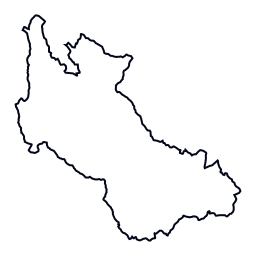 the district of Song Ma, Son La, Vietnam
{"feature_id": "81297802B25580956843795", "entity_name": "Song Ma", "entity_type": "district", "adm_level": 2, "iso_a3": "VNM", "parent_name": "Vietnam", "parent_adm1": "Son La", "projection": "equal_earth", "projection_center": [103.658, 21.099], "detail": "fine", "context": "isolated", "style": "outline", "palette": "ink", "viewbox_px": 256, "rotation_deg": 0, "n_neighbors": 0, "source": "geoboundaries", "source_scale": "gbopen_adm2", "svg_char_len": 5714}
<svg xmlns="http://www.w3.org/2000/svg" viewBox="0 0 256 256"><path d="M24.8,141.8L28.1,143.4L31.6,144.4L31.7,144.7L31.5,145.3L28.7,150.1L28.8,150.6L30.8,152.3L32.8,152.5L35.0,153.0L37.8,151.6L38.4,151.1L38.6,149.3L37.7,147.4L37.6,146.0L38.0,145.3L39.3,144.2L42.2,143.5L43.2,142.2L43.8,142.0L46.8,142.6L47.0,145.3L48.1,147.6L49.5,148.2L49.8,148.9L50.7,149.5L54.0,150.9L57.2,155.3L57.8,156.9L60.0,158.3L61.5,158.6L62.3,159.2L64.1,159.1L64.7,159.7L65.7,162.1L67.1,163.7L69.8,165.2L72.4,165.4L73.1,166.2L74.0,168.2L74.8,168.9L75.8,170.5L78.9,172.3L80.2,173.5L82.0,174.0L82.9,174.7L84.0,175.6L85.5,177.4L88.4,177.6L89.8,176.8L92.4,178.6L95.2,179.4L96.2,179.5L99.3,179.1L101.0,179.9L102.8,179.3L103.8,179.4L104.9,180.7L105.1,181.3L104.9,183.4L105.7,185.3L105.7,187.3L106.6,189.3L106.4,191.3L106.6,192.1L105.3,195.0L105.2,196.5L104.0,197.8L103.6,198.7L103.4,199.3L103.7,199.9L105.2,201.0L106.5,202.3L107.9,204.5L111.0,207.6L111.3,208.6L112.3,209.9L112.7,211.9L113.0,212.2L112.8,213.7L113.4,215.6L114.8,218.8L116.7,221.0L118.7,222.4L118.7,223.1L118.3,224.2L119.1,224.6L119.2,225.6L118.5,226.0L118.2,226.4L119.1,228.1L120.8,229.6L121.2,230.7L122.5,232.3L123.3,232.8L124.7,233.2L127.4,235.3L129.0,238.7L129.7,239.1L131.1,238.4L132.1,236.7L133.0,237.8L133.8,238.3L135.4,237.1L136.0,237.2L136.7,239.3L137.8,239.7L138.5,240.2L140.4,240.3L143.4,238.8L145.9,238.3L146.7,238.7L148.7,240.4L149.7,240.6L150.6,240.4L150.9,239.8L152.6,238.6L155.0,238.2L155.2,237.9L154.5,233.7L154.6,233.3L155.5,233.7L156.4,233.5L159.7,230.7L161.4,230.7L162.3,231.3L164.0,233.3L164.4,233.6L165.9,233.7L166.6,235.1L167.6,235.5L168.5,233.5L169.8,232.5L170.5,230.4L172.4,229.1L173.2,228.2L174.3,225.0L174.9,224.2L177.9,221.7L179.1,219.4L180.3,219.1L182.7,217.3L183.3,215.8L183.9,215.7L185.3,216.4L189.6,217.3L192.3,216.8L193.3,216.3L196.1,216.7L197.6,217.8L198.5,220.0L199.3,220.1L202.0,218.7L202.8,218.8L203.8,218.3L205.5,216.4L206.3,216.0L206.9,215.1L207.6,213.5L207.6,212.5L207.9,211.8L209.2,211.2L209.7,211.7L209.6,213.1L210.0,213.6L211.8,213.1L213.4,213.1L214.3,213.4L215.9,215.7L218.1,215.5L219.0,215.2L224.1,215.2L224.9,215.2L226.4,216.3L227.3,216.3L230.1,213.8L231.2,213.7L232.9,211.9L233.5,210.6L233.7,209.7L233.7,206.7L233.2,204.9L233.6,203.8L235.4,201.4L236.2,199.6L236.2,198.7L235.9,198.0L234.3,195.0L239.1,192.9L240.4,191.1L239.6,189.0L238.9,188.2L236.0,186.3L235.0,184.8L234.4,182.8L232.3,181.3L231.9,179.4L229.5,178.0L227.4,175.5L227.1,173.9L226.7,173.4L225.8,173.2L224.9,173.4L224.5,174.8L224.2,175.1L222.9,174.5L221.7,172.5L220.6,172.3L220.5,171.7L221.1,169.5L219.4,167.1L218.2,163.5L218.0,161.1L217.6,160.5L212.2,165.3L209.6,166.0L204.8,168.1L204.5,166.7L205.3,163.3L205.9,158.7L205.8,155.0L206.3,153.4L206.0,152.6L204.4,151.5L203.0,150.7L200.2,150.1L198.3,151.6L195.9,154.3L194.8,154.2L192.6,154.8L191.9,155.4L190.3,153.4L188.0,152.5L185.4,149.7L185.0,151.1L183.8,151.3L182.9,153.7L182.3,153.8L179.9,152.9L180.0,151.6L180.5,150.2L180.3,150.0L178.9,149.8L176.4,147.9L173.8,146.4L173.2,146.5L172.4,147.2L170.9,147.5L170.0,147.3L168.7,145.5L167.9,145.0L166.0,145.2L164.5,143.0L163.6,143.0L163.2,142.7L162.6,140.7L160.9,141.8L159.9,141.8L157.4,140.8L153.6,140.1L151.9,136.6L150.8,136.0L150.5,131.7L149.7,130.6L147.6,130.4L146.7,129.4L144.6,126.1L142.3,123.9L141.2,118.7L140.3,116.2L137.8,114.5L135.7,112.3L135.4,110.2L134.6,109.3L134.2,108.1L134.2,106.2L132.9,104.7L132.8,103.9L132.0,102.4L130.6,100.9L128.1,98.8L127.8,98.2L126.8,97.3L125.6,96.8L123.4,95.2L122.3,94.7L119.8,92.2L119.2,92.0L117.4,92.2L116.3,90.7L115.8,89.6L116.0,85.3L118.0,83.2L120.5,81.9L121.4,80.4L122.7,79.2L122.7,77.8L123.6,75.2L123.4,72.2L123.9,70.8L125.2,70.1L127.9,67.8L128.6,66.7L129.1,65.2L129.2,63.3L129.6,62.6L129.7,61.9L132.5,58.3L131.0,56.1L128.2,55.5L126.8,54.6L126.2,54.6L125.0,55.9L122.7,57.3L120.9,56.4L119.5,56.8L118.0,56.7L116.6,57.0L113.5,56.4L112.5,55.9L110.6,55.8L108.3,54.0L105.6,53.7L104.3,52.9L103.7,50.5L102.1,46.7L96.8,43.6L96.0,43.3L93.8,40.9L93.0,40.6L91.5,40.7L89.9,40.0L88.0,38.2L85.8,38.1L84.1,35.3L83.4,34.7L81.2,34.0L80.9,34.1L80.8,36.1L80.5,38.0L80.0,38.8L78.3,39.7L77.1,43.5L76.8,43.7L76.2,43.3L75.9,43.5L74.8,47.5L72.3,47.1L70.2,44.5L68.3,42.8L66.4,45.0L65.6,45.0L67.3,46.5L70.1,50.3L70.4,51.0L70.4,51.5L69.8,52.9L68.5,54.6L68.3,55.2L69.0,56.3L69.2,57.9L69.5,58.3L70.6,59.0L72.9,62.1L73.8,62.3L74.1,63.4L74.8,64.5L77.8,64.5L78.1,68.5L78.4,69.5L79.7,72.0L79.6,72.8L76.5,73.4L77.1,75.1L77.1,75.5L76.7,75.6L72.9,73.4L65.6,72.7L64.5,71.3L64.5,71.0L65.8,69.7L66.2,68.2L65.8,65.9L64.0,64.3L60.8,64.8L60.1,63.9L59.0,61.1L57.7,58.8L55.8,59.8L54.3,58.0L51.8,57.6L51.4,57.0L50.7,55.2L50.7,54.3L51.2,53.2L50.8,52.7L49.1,51.9L49.0,51.1L49.0,47.0L48.8,46.3L47.5,45.1L46.8,43.6L46.3,40.1L45.9,39.3L44.0,37.6L42.6,32.1L42.3,29.3L42.5,28.7L42.0,27.7L42.0,26.1L42.5,24.8L44.0,23.2L45.0,21.5L44.6,20.9L39.0,16.1L36.8,15.4L35.4,15.5L31.8,19.2L30.8,20.8L30.5,22.6L29.5,24.5L28.8,27.1L28.9,29.1L27.2,28.6L25.0,27.1L24.2,27.0L22.7,30.1L24.6,31.1L27.1,33.3L28.5,40.2L29.1,41.4L29.4,42.8L29.9,43.6L29.9,46.0L30.4,48.5L30.4,49.3L29.7,50.5L29.9,54.7L29.2,55.8L28.7,56.0L27.4,58.3L27.1,60.2L27.9,63.8L28.9,64.8L28.7,65.7L27.9,66.5L28.1,68.6L27.6,70.2L27.9,71.6L27.5,72.9L28.3,74.5L28.0,75.1L28.2,75.9L27.6,77.2L27.6,79.5L29.2,83.3L29.2,86.6L29.5,87.7L28.5,90.7L28.7,92.9L28.2,96.8L27.7,98.0L26.5,99.6L24.7,101.0L24.2,101.0L22.9,100.0L22.1,98.7L21.2,98.4L19.2,100.6L18.6,102.3L17.9,103.5L15.7,104.3L15.6,104.8L15.9,105.4L16.0,106.9L16.9,107.9L17.3,109.3L18.0,110.4L18.4,113.1L18.8,113.9L18.9,115.2L19.3,116.7L18.7,117.8L18.9,118.6L18.5,119.8L18.7,120.8L18.2,122.7L18.8,123.5L19.6,126.1L21.0,127.8L21.1,128.4L20.9,129.8L21.4,131.8L21.2,132.6L22.0,133.1L23.9,136.0L24.1,137.0L24.0,139.0L24.8,140.7L24.8,141.8Z" fill="none" stroke="#020617" stroke-width="2"/></svg>